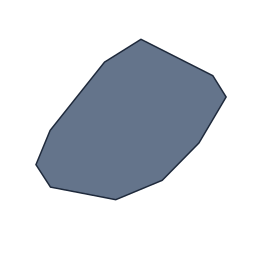 Ndian, Cameroon, rotated 223°
{"feature_id": "32672807B79900399400197", "entity_name": "Ndian", "entity_type": "district", "adm_level": 2, "iso_a3": "CMR", "parent_name": "Cameroon", "parent_adm1": "", "projection": "equal_earth", "projection_center": [8.535, 4.676], "detail": "fine", "context": "isolated", "style": "filled", "palette": "slate", "viewbox_px": 256, "rotation_deg": 223, "n_neighbors": 0, "source": "geoboundaries", "source_scale": "gbopen_adm2", "svg_char_len": 294}
<svg xmlns="http://www.w3.org/2000/svg" viewBox="0 0 256 256"><g transform="rotate(223 128 128)"><path d="M77.4,217.6L101.6,224.1L179.0,201.7L190.1,160.2L183.3,73.1L170.3,38.4L144.4,31.9L88.1,67.2L67.3,113.1L65.9,165.4L77.4,217.6Z" fill="#64748b" stroke="#1e293b" stroke-width="1.5"/></g></svg>